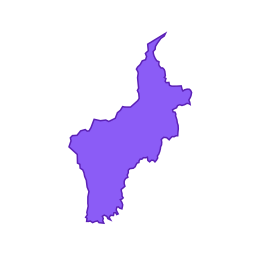 outline of Nova Aurora, Goiás, Brazil, rotated 18°
{"feature_id": "56859067B32828683439225", "entity_name": "Nova Aurora", "entity_type": "district", "adm_level": 2, "iso_a3": "BRA", "parent_name": "Brazil", "parent_adm1": "Goiás", "projection": "robinson", "projection_center": [-48.279, -18.083], "detail": "fine", "context": "isolated", "style": "filled", "palette": "violet", "viewbox_px": 256, "rotation_deg": 18, "n_neighbors": 0, "source": "geoboundaries", "source_scale": "gbopen_adm2", "svg_char_len": 2484}
<svg xmlns="http://www.w3.org/2000/svg" viewBox="0 0 256 256"><g transform="rotate(18 128 128)"><path d="M117.5,229.6L119.2,229.1L120.9,228.1L123.6,228.9L125.3,227.3L127.7,225.8L129.7,227.0L131.5,226.6L134.4,226.0L132.5,223.8L132.5,221.8L130.9,219.9L132.3,218.2L135.2,218.6L136.8,220.4L139.8,220.8L137.7,218.9L138.4,216.5L141.2,215.7L140.8,213.0L142.3,212.3L144.0,213.8L145.2,212.7L143.7,211.3L142.1,209.6L141.8,206.8L143.2,206.0L145.0,206.8L147.2,206.8L147.0,204.6L146.7,202.7L145.3,200.8L142.8,198.5L144.2,197.4L145.0,195.9L143.4,194.6L142.5,192.0L141.3,190.3L140.5,188.5L141.6,186.9L143.1,184.4L141.6,182.2L140.9,180.0L140.9,178.3L141.5,176.5L143.1,175.0L141.8,172.9L142.1,170.4L141.3,168.1L142.3,166.1L145.5,164.6L146.8,162.6L147.0,160.3L147.5,158.5L149.0,157.5L148.7,155.6L149.2,153.8L150.8,153.4L151.8,151.5L153.9,150.9L155.5,149.8L156.9,152.7L159.0,153.5L160.2,151.4L162.2,150.9L164.1,151.9L165.0,149.7L165.5,147.4L164.6,145.4L165.3,143.3L165.4,140.3L165.2,137.7L164.8,135.8L165.1,133.7L164.5,131.1L163.2,128.6L164.8,125.9L167.7,125.2L170.8,126.5L171.4,124.8L172.6,122.5L174.5,122.1L176.0,120.6L177.7,120.0L177.1,117.8L176.7,116.1L176.1,113.3L174.8,109.9L173.3,107.9L172.0,105.2L170.8,103.5L169.5,101.8L169.2,100.0L167.8,98.4L165.8,98.7L164.7,96.9L166.4,95.1L167.9,93.8L168.2,91.4L170.1,89.8L172.3,89.9L174.6,88.3L176.4,86.4L178.0,86.0L179.8,86.4L178.7,84.3L177.2,82.6L177.8,79.8L177.9,77.6L177.5,74.6L175.8,72.8L174.2,72.2L172.2,72.8L170.0,74.2L168.8,75.8L167.6,74.7L165.6,71.5L161.8,73.0L156.7,74.7L154.3,74.6L152.8,72.0L150.3,73.1L148.9,72.1L148.8,69.2L146.9,68.7L147.4,66.8L145.5,62.7L144.3,61.2L142.4,60.2L140.9,60.7L138.6,59.3L137.6,58.0L137.0,55.4L134.6,55.2L132.4,53.5L130.3,51.2L129.2,49.5L128.3,47.5L129.5,44.8L128.9,41.9L129.8,38.0L131.5,32.7L134.0,29.4L134.4,26.4L120.8,42.2L123.4,48.2L121.5,51.7L123.6,54.3L123.6,57.6L120.8,59.7L120.0,63.9L118.3,67.1L117.8,69.4L119.9,71.3L120.8,72.8L121.5,77.1L125.8,86.9L125.3,89.4L127.5,91.7L129.5,96.4L128.8,99.0L124.0,107.3L121.6,108.1L118.3,109.1L116.3,109.3L115.3,113.5L113.2,116.7L112.9,122.7L107.7,127.7L104.4,127.3L99.5,129.6L93.1,130.2L92.7,139.0L91.9,142.7L90.2,143.6L87.8,142.7L83.8,145.4L81.8,150.7L77.5,152.4L76.2,155.1L77.8,157.9L77.7,164.2L87.9,168.8L90.8,177.0L93.4,177.4L94.9,181.0L97.9,181.8L99.9,184.1L101.8,187.5L104.5,190.6L107.4,196.8L110.5,200.5L111.1,205.8L113.1,212.1L114.3,214.6L114.9,220.9L116.2,223.2L115.3,226.0L116.9,226.5L117.5,229.6Z" fill="#8b5cf6" stroke="#5b21b6" stroke-width="1.5"/></g></svg>